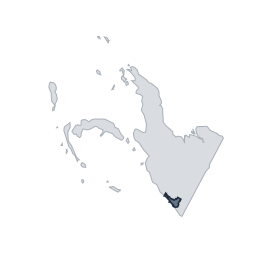 Aitape/Lumi District, Sandaun, Papua New Guinea shown in context, rotated 208°
{"feature_id": "67681753B88844434535712", "entity_name": "Aitape/Lumi District", "entity_type": "district", "adm_level": 2, "iso_a3": "PNG", "parent_name": "Papua New Guinea", "parent_adm1": "Sandaun", "projection": "robinson", "projection_center": [142.359, -3.333], "detail": "fine", "context": "in_parent", "style": "filled", "palette": "slate", "viewbox_px": 256, "rotation_deg": 208, "n_neighbors": 0, "source": "geoboundaries", "source_scale": "gbopen_adm2", "svg_char_len": 5794}
<svg xmlns="http://www.w3.org/2000/svg" viewBox="0 0 256 256"><g transform="rotate(208 128 128)"><path d="M39.0,163.7L38.9,133.6L37.6,131.4L38.9,126.0L38.9,75.2L41.4,75.5L53.7,81.7L62.1,84.9L69.3,86.4L76.0,91.5L80.9,91.7L88.2,98.9L91.2,99.4L96.4,105.3L96.7,110.1L96.1,113.2L104.0,116.1L111.5,120.2L115.6,120.6L117.9,122.1L120.7,125.6L121.2,130.3L119.6,131.2L112.5,131.1L110.5,132.7L113.4,140.0L119.7,146.8L124.5,149.9L126.0,156.0L128.4,157.9L130.0,162.8L132.5,163.3L137.3,162.5L138.1,164.6L137.4,167.6L138.1,168.9L147.0,171.5L144.0,173.1L145.4,175.9L151.2,178.3L154.8,179.2L157.0,178.9L154.4,180.3L152.2,179.9L151.7,180.3L152.7,181.5L154.5,182.7L152.6,184.4L150.6,184.6L147.0,183.5L143.9,180.5L134.1,179.2L130.8,177.8L128.1,178.3L120.2,176.7L117.6,174.5L115.9,171.3L111.2,167.4L110.1,165.5L110.6,162.9L109.3,163.3L106.6,161.4L99.5,149.5L95.8,147.9L86.8,145.8L85.5,143.5L81.3,142.6L80.3,144.1L76.9,145.2L73.9,144.1L71.0,141.2L74.5,147.7L73.2,147.7L73.8,148.7L73.2,148.9L69.4,148.5L70.5,151.2L64.3,152.7L59.7,152.2L57.5,152.9L56.6,152.8L55.4,150.8L53.7,151.2L55.1,151.2L56.9,153.5L60.8,153.2L64.5,155.0L67.7,158.9L67.6,161.6L59.0,166.6L54.0,164.4L46.7,165.0L44.1,164.1L40.8,165.1L39.0,163.7ZM169.0,97.1L170.8,98.4L172.6,97.0L176.0,98.8L175.4,105.3L174.2,107.1L171.3,107.8L170.9,108.7L172.8,112.6L172.0,113.9L169.5,115.4L165.3,115.2L164.2,117.9L161.8,120.2L152.7,124.9L142.9,125.3L139.7,122.4L136.3,122.9L131.7,119.5L127.9,118.1L127.2,116.8L127.3,115.1L128.3,114.1L135.1,114.3L139.4,115.7L145.1,114.8L146.7,113.8L147.3,109.6L148.2,107.9L149.2,108.7L148.0,111.9L149.3,114.8L153.3,114.0L155.9,114.7L157.9,113.8L160.8,109.3L163.1,107.2L167.2,106.1L167.1,102.8L165.7,98.2L166.3,96.8L169.0,97.1ZM218.4,130.7L217.9,132.1L217.6,131.7L215.6,133.0L213.2,132.6L211.1,131.1L209.5,128.5L209.4,125.5L207.1,124.2L204.1,120.4L203.6,117.9L203.8,113.8L208.2,116.1L212.6,123.3L216.8,126.5L218.4,130.7ZM184.7,98.9L181.8,105.4L180.0,102.8L179.3,100.9L179.2,95.9L174.5,88.4L169.7,86.0L160.0,78.2L156.2,77.0L157.1,76.6L157.1,74.7L161.9,78.8L164.9,79.7L168.9,82.9L171.6,83.9L183.4,95.6L184.7,98.9ZM107.1,66.6L116.3,66.9L116.5,67.7L115.3,67.8L113.7,69.4L108.2,69.0L105.8,69.8L105.6,68.6L106.5,68.3L106.4,67.2L107.1,66.6ZM153.2,166.8L154.9,167.9L156.3,167.8L157.4,169.1L157.6,171.2L157.0,171.7L156.6,171.0L152.1,170.6L153.0,169.4L152.1,167.0L153.2,166.8ZM152.4,75.9L149.2,75.9L146.8,73.4L149.9,72.2L152.4,73.3L152.4,75.9ZM159.8,176.0L161.9,174.6L162.4,175.1L161.5,178.3L158.3,177.0L156.2,171.7L159.8,176.0ZM177.0,162.2L180.5,161.7L182.2,163.1L182.7,163.6L182.4,164.9L179.4,164.4L177.0,162.2ZM185.0,193.7L191.6,197.3L189.1,197.9L187.0,196.9L186.8,196.0L185.9,196.3L186.4,195.7L185.0,193.7ZM123.4,119.0L120.5,116.2L120.7,114.4L123.8,116.0L123.4,119.0ZM151.0,168.8L150.1,168.9L148.2,167.0L149.4,164.9L150.7,165.7L151.0,168.8ZM202.8,113.6L201.6,109.2L202.7,107.9L203.8,110.7L202.8,113.6ZM113.3,113.6L111.2,111.9L112.7,110.3L113.6,111.1L113.3,113.6ZM144.4,60.9L143.3,61.2L141.8,59.7L142.2,58.1L143.9,59.2L144.4,60.9ZM99.8,102.8L98.6,104.4L97.8,103.2L99.1,101.5L99.8,102.8ZM160.3,154.2L160.4,159.4L159.4,158.4L159.9,156.2L159.0,155.6L160.3,154.2ZM68.5,155.6L70.5,157.7L65.7,154.3L68.5,155.6ZM70.2,155.1L67.6,154.2L67.0,153.5L70.1,153.8L70.2,155.1ZM197.8,194.2L197.6,194.9L195.9,195.1L194.8,194.0L195.9,194.3L195.7,193.5L197.8,194.2ZM178.9,81.1L178.9,83.5L177.7,81.8L178.9,81.1ZM172.4,79.8L171.9,80.5L170.7,78.8L170.9,78.4L172.4,79.8ZM157.5,183.4L157.4,184.4L156.2,183.9L156.3,183.2L157.5,183.4ZM171.3,77.9L170.4,78.2L170.6,76.6L171.3,77.9ZM121.2,70.3L121.3,71.5L120.0,71.2L121.2,70.3ZM191.1,94.7L191.0,95.8L190.3,95.4L191.1,94.7Z" fill="#d9dde1" stroke="#a8b0b8" stroke-width="1"/><path d="M64.2,85.4L64.1,85.5L63.9,85.5L63.7,85.5L63.6,85.4L63.4,85.4L63.2,85.2L62.8,85.3L62.7,85.3L62.6,85.2L62.4,85.2L61.8,85.0L61.4,85.0L61.1,84.8L60.9,84.7L60.5,84.6L60.3,84.6L60.1,84.5L59.9,84.4L59.6,84.3L59.4,84.3L59.4,84.2L59.1,84.1L58.9,84.1L58.7,83.9L58.4,83.9L58.0,83.8L57.9,83.8L57.7,83.7L57.4,83.6L57.2,83.4L56.9,83.2L56.5,83.0L56.3,83.0L56.1,82.8L55.8,82.6L55.7,82.6L55.8,82.6L55.7,82.6L55.4,82.5L55.4,82.4L55.5,82.4L55.4,82.3L55.4,82.2L55.0,82.2L54.8,82.2L54.7,82.2L54.4,82.1L54.1,81.9L53.8,81.9L53.8,82.0L53.7,82.0L53.6,81.9L53.8,81.9L53.3,81.8L53.2,81.7L52.6,81.1L52.4,81.0L52.3,80.9L52.3,81.0L52.6,81.2L52.8,81.3L52.7,81.4L52.4,81.4L52.5,81.5L52.4,81.5L52.2,81.5L52.2,81.4L52.1,81.2L52.1,80.9L51.9,80.9L52.0,80.8L52.1,80.7L52.2,80.8L52.0,80.6L51.8,80.5L51.6,80.4L51.5,80.2L51.2,80.1L50.8,80.0L50.6,80.1L50.3,80.1L49.9,80.2L49.7,80.2L49.2,80.2L47.1,81.6L47.2,83.5L47.2,84.1L48.2,84.8L48.1,85.0L48.1,85.3L48.2,85.5L48.2,85.8L48.3,85.9L48.3,86.0L48.2,86.1L48.1,86.3L48.1,86.5L48.1,86.9L48.1,87.0L48.1,87.4L48.1,87.5L48.1,87.8L48.1,88.0L48.1,87.9L48.0,88.0L47.9,88.0L48.0,88.2L47.9,88.2L47.9,88.3L47.9,88.5L47.8,88.8L47.8,89.0L47.9,89.3L47.8,89.5L48.0,89.7L47.9,89.7L47.9,89.9L47.9,90.0L51.6,90.1L51.7,87.9L52.6,88.0L52.6,87.9L52.8,87.5L53.0,86.9L53.3,86.0L53.5,86.1L53.8,86.0L54.0,86.1L54.3,86.2L54.4,85.9L54.5,85.8L54.8,85.9L54.9,86.0L55.1,86.1L55.3,86.0L55.4,85.9L55.5,85.8L55.6,85.7L55.7,85.8L55.8,85.7L56.0,85.8L56.3,86.0L56.5,85.9L56.8,85.8L57.0,85.8L57.3,85.7L57.5,85.7L57.8,85.8L57.9,86.0L58.1,86.1L58.4,86.4L58.5,86.5L58.8,86.5L59.0,86.7L59.3,86.6L59.5,86.6L59.8,86.6L59.8,86.4L60.0,86.3L60.0,86.2L60.3,86.1L60.3,85.9L60.4,86.0L60.5,86.0L60.7,86.3L60.8,86.4L60.8,86.5L61.0,86.7L61.1,86.8L61.3,86.9L61.3,87.0L61.5,87.0L61.8,87.0L62.0,87.1L62.2,87.3L62.3,87.3L62.5,87.4L62.6,87.2L62.7,87.3L62.8,87.3L62.9,87.5L63.1,87.5L63.3,87.7L63.3,87.8L63.5,87.9L63.5,88.0L63.8,87.8L63.7,87.7L63.8,87.6L64.1,87.7L64.2,87.8L64.2,85.4ZM56.0,82.3L56.0,82.2L55.9,82.1L56.0,82.3ZM56.8,82.2L56.7,82.2L56.7,82.3L56.8,82.3L56.8,82.2ZM57.0,82.6L57.0,82.4L56.9,82.5L57.0,82.6L57.0,82.6Z" fill="#64748b" stroke="#1e293b" stroke-width="1.5"/></g></svg>